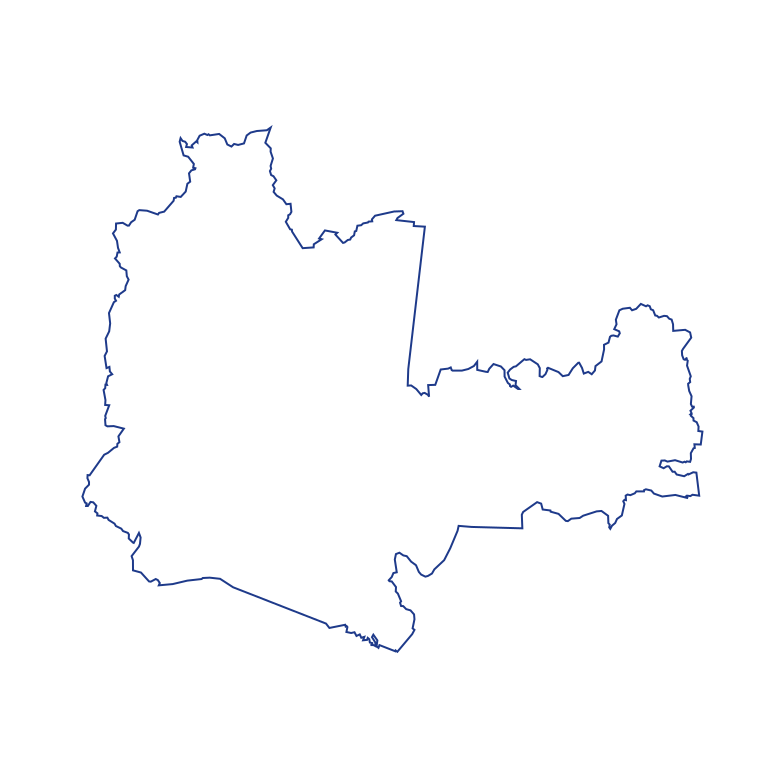 Etzatlán, Jalisco, Mexico (Mercator projection), rotated 84°
{"feature_id": "50627088B6540775027935", "entity_name": "Etzatlán", "entity_type": "district", "adm_level": 2, "iso_a3": "MEX", "parent_name": "Mexico", "parent_adm1": "Jalisco", "projection": "mercator", "projection_center": [-104.128, 20.761], "detail": "fine", "context": "isolated", "style": "outline", "palette": "blue", "viewbox_px": 768, "rotation_deg": 84, "n_neighbors": 0, "source": "geoboundaries", "source_scale": "gbopen_adm2", "svg_char_len": 6103}
<svg xmlns="http://www.w3.org/2000/svg" viewBox="0 0 768 768"><g transform="rotate(84 384 384)"><path d="M620.9,463.8L619.4,447.8L621.2,447.5L620.8,446.5L621.9,445.8L626.7,447.3L628.2,442.7L627.8,439.3L631.7,437.7L630.5,434.3L634.0,433.1L633.4,430.0L636.7,431.6L636.7,427.6L634.8,426.7L636.3,425.3L639.6,425.1L640.4,422.8L642.0,422.8L642.2,424.7L642.6,421.6L643.8,419.9L640.3,419.6L634.5,422.4L632.2,420.8L638.3,417.4L644.1,418.8L645.8,417.1L643.2,415.8L651.0,400.7L650.2,400.3L651.7,398.7L635.7,382.1L631.7,379.4L630.0,381.1L621.2,378.3L616.3,378.2L611.9,381.3L610.2,385.5L606.9,388.1L606.6,390.2L603.2,390.9L601.9,389.7L593.9,392.1L591.6,394.0L587.2,393.3L581.2,396.9L580.7,399.2L579.7,399.8L576.8,396.5L573.0,394.4L572.6,391.0L559.7,391.6L554.4,389.9L553.4,386.3L556.5,382.7L557.6,379.4L563.5,375.6L567.6,371.1L574.5,369.0L577.4,367.0L579.9,363.0L579.5,360.4L577.5,356.1L573.6,353.3L565.5,342.6L554.3,335.3L537.7,326.2L532.9,324.6L535.3,311.9L542.0,261.5L528.4,260.6L525.8,259.0L517.5,244.1L519.4,240.2L525.4,239.3L527.2,231.7L528.4,231.6L531.4,224.0L539.1,217.5L539.6,215.5L537.5,211.8L537.7,203.4L535.8,199.7L532.9,185.8L533.0,181.0L538.5,174.9L545.8,175.4L547.5,174.2L550.1,175.0L551.7,174.1L548.8,172.1L546.4,168.6L542.6,166.4L539.6,161.2L528.4,157.4L525.6,158.3L524.3,156.9L524.8,155.5L520.3,155.3L519.4,153.4L520.3,150.6L518.9,146.0L517.2,144.3L518.0,136.7L516.7,136.4L516.1,134.5L517.9,129.3L521.2,127.0L525.0,119.0L524.8,105.8L529.3,93.6L527.5,95.7L526.7,94.4L527.5,91.0L526.4,88.8L528.0,82.2L504.8,82.6L504.1,85.7L505.8,90.6L505.2,91.1L507.1,95.1L504.6,102.4L501.6,104.1L501.4,106.2L495.7,109.3L495.4,111.3L497.0,114.7L494.7,118.5L489.2,116.1L489.4,112.7L490.8,110.2L490.2,102.5L493.3,95.2L492.7,93.2L493.4,92.1L492.6,91.0L493.4,87.7L490.6,86.5L484.9,86.1L480.3,82.9L480.1,81.6L476.4,81.6L477.3,75.3L464.6,72.3L463.6,76.3L459.2,75.6L454.7,77.0L452.7,80.0L450.3,79.8L447.7,82.1L446.5,81.4L446.2,82.4L445.1,81.2L442.6,82.0L439.8,78.3L438.9,78.3L438.7,80.0L436.0,80.9L428.3,79.4L422.9,81.2L417.3,81.6L415.5,81.5L414.1,79.3L410.9,79.4L408.4,78.1L397.4,80.7L392.6,79.5L391.0,80.6L389.4,80.0L391.4,82.1L390.7,83.4L386.6,84.5L382.3,84.3L380.3,82.9L370.0,73.6L364.7,74.2L361.6,78.8L361.4,90.8L354.8,90.3L350.0,91.2L348.9,93.5L346.1,95.5L345.5,98.3L346.6,103.7L344.7,105.4L344.2,107.1L338.8,108.6L337.6,110.8L334.4,111.6L333.3,113.6L334.1,115.3L331.2,120.2L335.6,125.3L336.6,129.6L333.9,131.5L334.1,138.7L335.3,142.2L344.3,146.7L348.9,146.5L353.5,149.3L356.2,144.6L358.2,144.2L361.3,146.5L359.7,150.7L359.8,152.9L360.7,154.3L366.3,156.4L368.0,161.1L372.6,161.5L384.3,165.3L388.3,171.8L392.6,172.8L396.0,176.4L393.3,179.6L394.5,184.2L388.7,185.4L383.2,187.7L383.2,188.6L388.1,194.6L394.3,199.5L394.9,205.4L390.4,209.2L385.0,219.2L385.6,220.2L387.0,220.0L391.1,222.4L393.6,225.7L393.3,226.7L392.4,228.4L384.5,227.4L380.5,229.0L374.7,236.1L374.9,240.2L374.0,241.8L380.2,250.9L380.5,253.3L382.8,257.1L385.7,259.8L391.6,258.7L393.4,256.5L394.8,252.4L398.9,253.3L403.1,249.9L403.0,251.2L399.1,255.7L400.1,257.9L399.2,258.9L397.6,258.9L395.9,260.7L389.2,263.3L382.9,262.7L378.8,265.9L375.6,273.0L379.8,277.7L382.9,279.6L382.5,281.4L379.7,289.8L371.6,289.0L375.5,292.7L377.9,298.6L378.8,305.0L377.9,314.2L377.3,315.2L374.5,315.9L375.4,318.6L375.5,326.1L390.2,333.1L389.7,340.2L401.3,340.5L399.4,341.4L397.1,344.5L397.3,346.5L398.8,348.1L392.4,352.4L388.3,357.1L388.1,360.6L371.7,358.3L231.8,326.9L230.0,337.9L226.1,337.2L222.3,354.6L220.3,353.2L216.7,346.9L214.1,347.5L213.5,355.9L215.7,375.3L219.0,378.8L221.0,378.7L220.9,382.4L221.7,383.1L222.1,387.9L223.7,390.1L223.8,393.9L228.9,395.6L229.2,397.1L233.0,398.2L234.9,401.4L236.8,402.5L237.0,405.0L239.1,408.3L239.4,410.0L230.3,416.7L228.7,414.7L225.1,426.7L232.5,433.3L233.5,430.8L237.7,439.2L240.8,439.7L240.4,450.7L222.8,459.5L220.9,459.5L220.3,461.2L212.4,464.7L208.8,461.9L206.2,461.6L205.4,459.7L203.1,458.1L195.0,458.1L195.0,462.3L189.8,465.2L185.4,471.0L181.4,473.7L178.0,472.3L174.6,473.8L170.2,469.8L165.8,472.2L164.4,474.4L160.3,475.2L158.1,473.7L155.3,474.0L148.1,470.9L141.1,472.5L137.8,472.0L131.7,476.8L117.1,469.9L119.4,474.0L119.1,484.0L120.0,490.4L122.5,494.6L130.1,498.1L131.0,504.1L129.6,508.0L131.9,510.9L129.4,514.8L123.0,516.7L118.1,521.8L118.5,531.2L117.3,532.4L117.9,533.6L116.3,536.5L117.8,541.4L121.9,544.2L124.2,544.3L123.1,545.4L126.6,550.3L128.8,549.7L127.6,556.0L124.8,554.9L122.3,556.4L121.2,559.0L118.2,560.6L121.7,561.9L135.7,559.4L137.5,555.0L145.3,550.1L148.9,551.2L149.7,549.0L150.7,549.5L151.4,553.2L154.1,555.9L162.5,555.6L164.3,558.6L171.9,561.1L176.7,566.6L175.6,570.8L177.0,571.6L177.0,573.3L179.8,574.1L189.6,584.6L190.3,589.8L191.8,591.1L186.9,601.5L185.5,609.2L186.4,611.0L194.6,614.8L196.7,618.6L199.8,621.1L199.7,622.5L196.4,627.0L196.4,633.7L202.4,634.5L205.9,637.8L213.7,634.6L220.8,634.3L225.5,633.1L225.4,635.3L229.4,636.5L231.0,638.4L236.8,634.3L239.2,634.4L240.6,633.5L244.1,628.4L249.9,628.5L253.5,627.1L259.7,630.7L263.6,631.6L267.3,638.0L269.5,638.7L267.5,640.9L268.1,642.5L270.9,642.8L273.2,641.8L274.4,644.1L284.7,650.1L295.1,650.0L302.9,651.8L309.8,656.1L322.6,656.1L326.9,658.9L339.2,658.3L338.3,655.3L342.9,655.3L345.9,653.3L347.5,657.6L354.2,660.1L355.9,659.6L355.6,661.1L359.0,661.7L360.6,663.5L370.9,662.7L375.7,663.5L376.4,659.5L386.6,664.6L388.8,664.3L389.8,665.1L395.9,665.3L397.2,663.5L397.6,657.2L401.2,647.4L408.3,653.6L414.2,653.2L415.6,655.4L418.4,655.9L419.3,659.2L423.6,665.7L425.1,669.7L444.0,686.3L443.6,688.3L446.7,688.8L450.6,687.6L453.3,687.9L456.8,692.2L464.4,695.7L470.7,693.7L471.7,692.2L474.2,693.0L474.4,691.3L470.6,688.2L471.3,685.5L475.1,682.8L480.5,684.8L482.7,682.5L484.8,683.0L485.8,678.6L487.8,676.6L488.0,673.1L490.4,672.1L494.7,666.6L497.2,665.5L500.4,660.4L503.0,658.9L505.3,654.3L507.0,653.4L511.0,654.0L515.5,650.2L515.9,649.5L506.5,643.3L511.2,642.1L517.5,643.4L520.1,644.7L528.8,653.0L533.0,652.1L543.1,653.1L546.1,645.4L555.8,638.3L556.2,636.6L554.1,631.4L555.4,629.4L558.5,627.8L560.7,629.0L560.9,615.1L559.0,600.2L558.9,585.8L558.0,584.5L558.4,577.5L560.6,567.4L570.4,555.3L616.2,466.7L620.9,463.8Z" fill="none" stroke="#1e3a8a" stroke-width="2"/></g></svg>